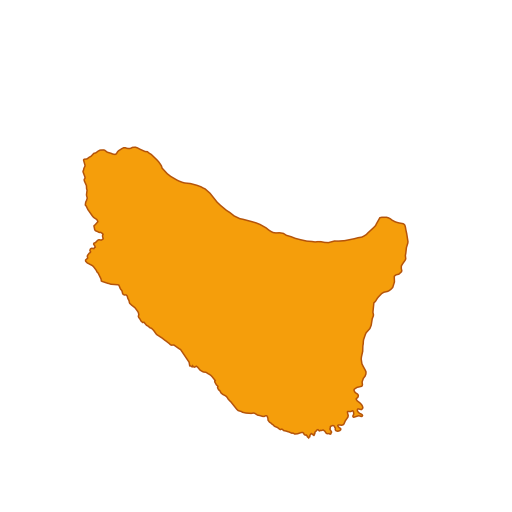 outline of Hatolia, Ermera, East Timor, rotated 136°
{"feature_id": "22284137B62574363374050", "entity_name": "Hatolia", "entity_type": "district", "adm_level": 2, "iso_a3": "TLS", "parent_name": "East Timor", "parent_adm1": "Ermera", "projection": "equal_earth", "projection_center": [125.331, -8.8], "detail": "fine", "context": "isolated", "style": "filled", "palette": "amber", "viewbox_px": 512, "rotation_deg": 136, "n_neighbors": 0, "source": "geoboundaries", "source_scale": "gbopen_adm2", "svg_char_len": 6020}
<svg xmlns="http://www.w3.org/2000/svg" viewBox="0 0 512 512"><g transform="rotate(136 256 256)"><path d="M140.3,197.5L147.0,195.5L148.9,194.8L151.6,194.7L159.3,194.9L161.8,194.8L164.6,195.4L166.8,196.1L169.8,198.2L173.4,200.2L181.5,205.4L186.4,209.5L189.2,212.3L194.6,215.3L197.2,218.1L199.3,221.1L201.7,223.5L203.7,225.0L205.7,227.6L209.1,231.4L212.8,237.0L215.5,241.4L217.3,245.4L219.8,249.8L220.6,253.2L222.8,256.2L225.7,258.8L227.4,261.0L228.2,263.3L228.8,265.8L229.2,269.2L231.2,275.9L232.9,279.7L235.3,283.9L239.9,291.5L241.7,294.1L243.9,300.0L244.6,305.2L245.6,309.6L246.4,317.1L246.6,321.7L245.5,333.0L246.0,339.6L246.9,341.9L247.5,344.0L249.4,347.9L252.8,353.6L256.6,358.1L257.9,360.3L259.5,363.8L260.2,365.8L262.1,372.6L262.7,376.9L262.5,384.5L261.5,386.4L261.1,388.2L260.6,391.4L260.5,394.1L260.8,401.8L261.4,404.0L261.7,406.5L263.2,408.2L265.3,413.4L266.2,416.2L267.2,418.1L269.5,420.0L271.1,420.4L272.5,421.3L274.0,423.0L274.8,424.6L276.0,425.8L277.9,426.4L281.8,427.2L283.4,427.1L284.7,426.7L286.3,426.6L287.3,427.5L288.3,429.0L288.9,430.5L290.9,434.0L291.4,437.3L292.1,438.3L294.6,440.5L296.7,441.1L299.7,441.5L301.4,442.5L305.3,442.3L307.4,442.9L309.8,443.2L310.7,443.6L312.3,444.9L312.9,445.0L313.4,444.8L315.9,440.2L316.5,439.5L318.9,438.6L320.5,437.5L321.5,437.2L322.1,436.4L324.1,431.8L324.7,431.0L325.3,430.6L326.3,430.5L326.8,430.0L327.3,429.3L329.1,424.4L331.2,422.0L331.8,420.7L335.3,417.9L336.0,417.0L337.1,414.9L339.5,413.6L341.0,413.1L343.1,411.5L343.5,410.9L343.4,410.0L344.7,406.1L345.9,398.5L346.0,396.6L345.2,392.9L345.4,392.0L345.7,390.9L346.0,390.5L350.2,390.2L351.2,390.3L351.7,390.2L353.8,386.9L353.9,385.6L353.0,383.6L352.6,382.3L352.2,381.6L351.3,380.9L350.9,379.1L350.8,378.5L351.2,377.6L351.8,377.6L352.6,376.9L354.0,374.5L356.1,374.8L356.6,375.3L357.3,376.4L358.0,377.0L358.6,377.2L360.9,377.3L361.9,377.1L363.7,377.8L364.5,377.4L364.8,376.2L365.0,375.0L365.5,374.0L366.1,374.3L367.5,373.9L368.6,375.5L369.0,375.8L370.1,376.1L371.5,375.5L371.9,374.8L372.0,374.0L372.7,373.6L374.0,373.9L376.5,373.5L377.5,373.1L377.9,372.3L378.6,371.4L381.4,371.5L381.8,371.1L382.2,370.5L382.2,368.2L380.4,362.8L380.3,361.5L380.4,360.1L380.9,356.4L381.3,355.5L381.5,354.5L381.4,353.4L383.4,347.3L384.1,346.1L384.6,345.6L384.4,344.7L381.6,339.3L380.9,338.3L380.0,336.5L375.3,331.2L374.9,330.2L376.2,327.0L376.5,325.8L376.5,324.8L376.8,323.7L378.0,321.7L378.2,320.6L377.7,319.3L377.0,318.8L376.6,318.4L376.4,317.8L376.5,316.6L377.6,314.6L378.4,312.0L379.5,310.3L379.7,309.7L379.6,307.0L379.0,302.8L379.6,298.3L380.0,296.9L381.1,295.2L382.5,294.4L383.0,293.4L383.3,291.2L383.9,289.0L383.7,286.8L382.6,286.2L382.9,282.2L382.4,280.8L382.1,277.9L381.4,276.6L381.3,273.8L382.0,269.1L382.0,268.4L380.5,262.0L380.1,258.8L379.8,257.4L379.2,253.3L379.2,251.9L378.9,250.8L376.9,249.0L375.6,242.1L375.2,241.3L377.8,226.6L378.0,225.9L380.0,223.0L379.4,222.4L379.1,220.9L378.8,220.5L377.9,220.9L378.1,220.0L377.4,218.7L375.5,218.2L375.2,216.6L375.5,212.8L375.0,210.9L374.7,209.8L374.0,208.5L373.1,207.6L372.7,206.8L372.2,204.6L371.7,203.1L371.4,201.4L371.4,199.6L371.9,194.7L372.6,194.7L373.2,193.8L374.0,190.8L373.9,188.7L375.1,188.0L375.9,185.6L375.5,184.8L376.3,181.6L376.0,179.4L375.1,176.8L374.9,175.4L375.0,174.1L375.4,172.6L375.5,170.0L375.4,168.6L376.3,159.3L376.2,157.2L374.4,154.0L374.4,153.2L372.3,150.0L368.8,146.1L366.9,144.8L366.2,143.7L365.4,140.5L364.1,138.6L362.7,136.1L361.6,134.9L360.0,134.4L359.3,133.7L359.3,133.0L359.6,132.2L360.1,131.1L361.4,129.5L361.7,127.2L361.3,125.2L361.3,124.0L361.0,122.9L361.0,121.0L360.8,120.2L359.7,117.7L359.4,115.4L359.1,114.2L358.0,113.8L357.4,112.9L357.4,111.3L355.8,108.9L355.4,108.0L354.4,106.3L353.5,104.0L353.2,103.5L352.6,103.1L352.2,102.4L351.8,101.0L349.5,99.2L346.1,97.6L345.0,96.6L344.8,95.6L345.3,94.2L345.2,93.5L344.7,92.6L344.1,92.2L344.2,91.3L344.6,90.4L344.5,88.6L343.9,88.9L342.9,88.6L342.6,88.8L342.1,89.5L339.6,89.9L339.4,89.7L339.1,87.0L339.0,86.7L338.7,86.7L338.1,87.1L337.7,87.6L337.1,87.3L336.5,88.0L335.4,88.4L334.0,88.3L332.6,88.5L332.0,88.0L332.0,86.4L331.7,85.9L330.9,85.9L330.0,84.9L329.2,84.6L328.5,84.1L328.2,82.3L328.6,79.6L328.2,78.7L326.7,77.4L326.5,76.4L326.0,76.1L325.5,76.1L325.1,76.6L324.0,76.8L323.8,77.2L323.3,79.7L323.0,80.3L322.0,80.7L321.3,81.5L320.5,81.6L318.6,80.8L318.0,79.9L317.9,79.0L318.3,78.3L318.4,77.1L319.0,76.7L319.6,76.0L319.8,75.5L319.8,74.6L318.9,73.1L317.1,72.2L315.7,72.2L315.1,72.8L315.0,73.5L315.3,74.2L315.4,75.9L315.2,76.8L315.0,77.2L314.4,77.3L313.7,76.9L311.9,74.7L310.3,74.0L309.4,74.1L306.2,75.4L301.7,76.3L300.3,77.4L299.8,78.5L298.7,80.2L298.5,80.4L297.9,80.4L296.2,78.5L295.1,78.0L294.0,77.6L293.9,77.4L294.0,76.4L295.0,74.9L295.9,74.2L297.3,73.7L297.8,73.2L297.9,72.5L297.7,72.1L293.3,69.9L292.3,68.6L292.0,67.8L291.4,67.1L291.1,67.0L290.2,67.2L290.0,67.6L289.9,68.3L290.3,69.9L290.7,70.5L290.9,72.1L290.8,73.8L290.4,74.5L289.9,75.0L289.0,75.2L288.7,75.1L287.0,72.4L286.4,72.2L284.9,72.4L284.4,72.8L283.7,74.2L283.3,75.8L283.3,78.2L283.8,81.4L283.5,83.2L283.2,83.6L282.8,83.7L280.9,83.6L279.9,84.1L279.2,84.7L278.9,85.7L279.0,86.7L279.4,88.3L279.4,89.6L278.9,91.1L278.6,91.5L278.1,91.8L277.6,91.9L274.6,91.3L270.5,88.9L269.9,88.9L268.9,89.4L267.4,91.4L266.8,91.9L263.8,93.4L261.0,93.8L258.9,94.8L257.4,96.2L256.8,97.7L255.5,102.4L254.7,104.9L251.9,108.8L250.2,110.2L245.5,113.3L241.6,117.1L239.8,118.4L238.0,120.1L236.7,121.1L231.8,123.6L230.0,124.3L224.5,124.7L221.2,126.2L216.0,130.1L213.2,131.4L212.2,132.3L211.0,134.3L203.8,140.4L201.6,140.4L198.1,141.3L196.4,141.5L191.7,141.7L189.2,141.1L185.9,139.1L184.3,138.6L182.1,138.3L179.5,138.4L174.4,141.2L170.9,145.1L170.3,145.4L168.2,145.1L165.9,143.7L162.3,143.6L161.4,144.1L160.0,146.3L158.3,147.9L155.7,148.6L151.9,149.3L150.3,149.9L148.2,152.6L146.4,153.9L141.9,157.6L137.9,159.8L136.7,160.8L132.0,167.5L130.1,170.6L128.6,172.8L127.9,174.0L127.4,175.4L127.7,177.0L130.2,180.5L131.4,182.5L132.2,184.1L133.3,187.5L133.5,189.3L134.2,191.4L135.2,193.2L138.7,196.5L140.3,197.5Z" fill="#f59e0b" stroke="#b45309" stroke-width="1.5"/></g></svg>